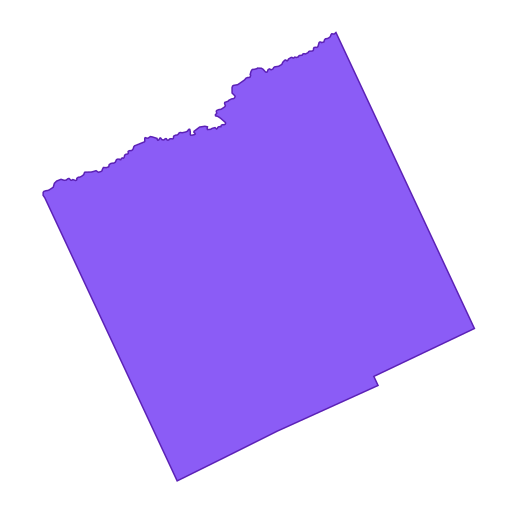 outline of Clay, Minnesota, United States of America, rotated 65°
{"feature_id": "52423323B41425910049088", "entity_name": "Clay", "entity_type": "district", "adm_level": 2, "iso_a3": "USA", "parent_name": "United States of America", "parent_adm1": "Minnesota", "projection": "robinson", "projection_center": [-96.781, 46.89], "detail": "fine", "context": "isolated", "style": "filled", "palette": "violet", "viewbox_px": 512, "rotation_deg": 65, "n_neighbors": 0, "source": "geoboundaries", "source_scale": "gbopen_adm2", "svg_char_len": 3125}
<svg xmlns="http://www.w3.org/2000/svg" viewBox="0 0 512 512"><g transform="rotate(65 256 256)"><path d="M107.8,420.9L108.4,422.0L111.0,423.3L114.1,422.8L370.5,422.5L426.5,422.5L425.2,366.6L423.7,310.8L424.9,200.1L414.9,200.1L414.0,88.7L87.2,89.1L87.3,89.7L87.8,90.4L87.8,91.5L86.6,93.4L87.1,94.5L88.6,95.9L89.1,98.0L89.1,99.2L88.5,101.3L89.1,102.6L90.7,104.0L90.5,105.5L90.2,106.5L89.5,106.8L89.0,107.7L89.2,108.6L92.4,111.4L92.7,112.7L91.9,114.0L91.6,115.3L92.2,116.1L93.6,116.9L94.0,117.6L93.9,118.8L93.0,120.9L93.0,121.9L93.7,122.8L93.8,125.8L92.9,127.0L92.7,128.0L93.5,129.4L92.6,132.0L92.9,133.0L93.4,133.6L93.2,135.5L92.1,136.7L92.5,138.3L92.3,138.7L91.1,139.6L90.9,140.3L91.2,143.3L92.0,144.3L92.3,145.3L91.8,145.8L90.9,146.2L90.7,147.3L91.7,149.8L93.3,151.7L93.6,155.4L92.5,159.0L92.7,160.3L93.6,161.5L93.7,162.8L93.6,163.7L92.2,164.6L92.1,165.4L92.3,166.4L93.7,167.8L94.0,168.6L93.3,169.6L89.7,170.7L88.1,171.8L86.3,175.3L86.6,175.9L86.0,179.1L85.5,179.9L85.5,180.7L85.7,181.3L86.9,182.8L89.1,184.6L89.8,184.4L91.3,185.6L91.3,186.9L90.7,188.1L90.6,189.9L91.6,192.0L93.0,200.2L92.9,200.5L91.9,204.2L92.0,205.3L93.2,206.5L98.2,208.8L101.8,207.5L102.6,207.5L103.6,208.6L103.9,209.7L103.3,211.8L103.4,214.9L103.9,215.8L103.6,219.4L104.4,220.0L106.9,220.3L107.6,221.3L108.3,225.6L107.6,227.8L107.5,229.8L107.8,230.6L108.2,230.9L110.0,231.2L110.9,233.2L111.9,233.4L113.4,231.6L116.0,230.0L122.1,227.3L122.9,227.5L123.6,228.3L123.6,229.2L122.8,231.0L122.8,231.6L122.9,232.3L124.0,233.2L123.3,234.5L123.1,235.5L123.4,236.4L123.6,236.6L124.1,237.2L124.2,238.1L122.3,238.9L121.8,241.8L122.0,243.7L120.9,246.5L120.0,246.5L118.4,245.4L116.8,247.5L115.3,252.6L116.8,259.5L117.7,260.0L118.8,259.5L119.7,259.5L120.0,260.3L119.5,262.9L118.8,264.2L118.0,264.2L115.8,263.1L113.3,262.5L112.8,263.0L113.3,264.5L113.9,265.2L113.9,267.3L113.1,270.8L112.0,272.5L112.0,273.8L112.8,275.1L113.0,276.0L112.9,276.8L112.5,277.7L112.5,279.7L113.1,280.4L114.0,280.8L114.6,281.4L114.6,282.1L113.7,283.6L113.4,284.8L113.9,285.9L113.9,286.9L113.3,287.5L111.8,287.7L111.5,288.1L111.4,289.0L111.8,289.9L111.7,290.9L110.8,292.1L108.7,292.6L108.5,293.2L109.8,295.3L109.6,296.1L108.7,296.3L107.6,296.0L104.3,299.6L103.1,301.3L103.3,302.2L103.6,304.0L103.0,305.3L102.2,305.9L101.9,306.5L102.5,307.2L105.0,308.3L105.4,308.9L104.8,319.3L105.2,320.4L105.8,321.0L106.8,321.8L107.6,323.1L107.8,324.4L107.0,326.3L107.1,327.4L107.3,327.8L109.0,328.3L109.3,329.2L108.8,331.0L109.1,332.4L111.0,333.9L111.3,334.7L111.3,335.1L110.6,335.7L110.7,336.8L111.6,337.9L111.1,338.7L110.4,339.0L109.7,340.6L109.7,341.7L111.6,344.0L111.7,345.8L111.2,346.8L110.8,348.4L111.1,350.4L112.9,351.8L112.7,354.2L111.3,356.9L112.7,358.8L113.6,359.4L113.9,360.5L113.6,363.4L111.1,364.9L110.7,367.6L110.3,369.8L107.7,375.7L107.9,376.2L109.5,377.8L110.1,380.7L110.0,382.7L109.5,383.7L109.9,385.6L110.9,386.0L111.4,386.6L111.3,387.7L109.3,389.7L109.5,391.0L108.9,391.9L106.8,392.6L106.6,392.9L106.5,394.1L107.0,395.9L106.4,397.8L104.1,400.3L103.8,405.0L104.9,408.0L108.0,410.7L108.7,415.5L108.6,417.1L108.1,418.6L107.8,420.9Z" fill="#8b5cf6" stroke="#5b21b6" stroke-width="1.5"/></g></svg>